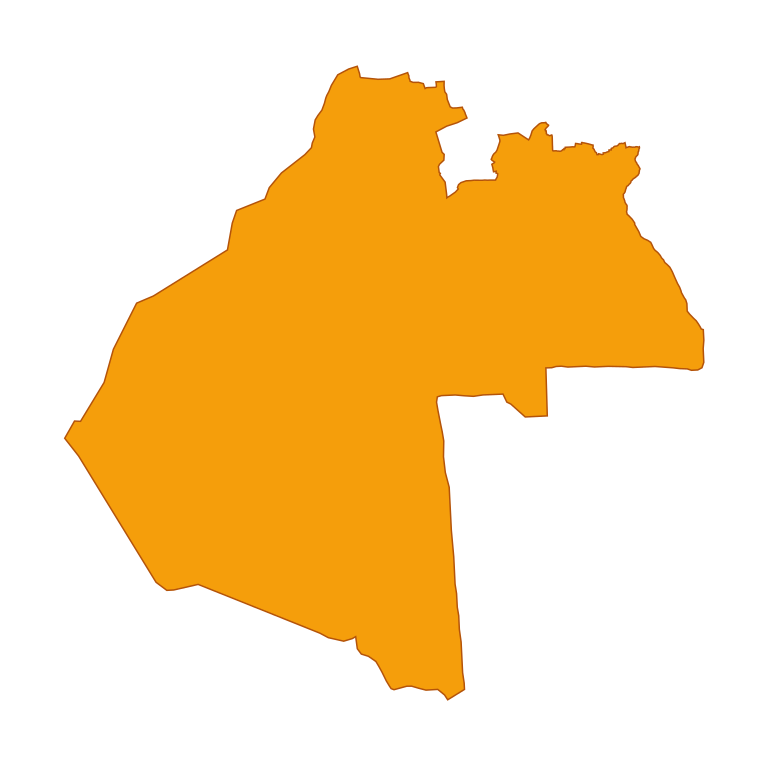 Ido, Oyo, Nigeria (orthographic projection), rotated 267°
{"feature_id": "59680162B23843497952419", "entity_name": "Ido", "entity_type": "district", "adm_level": 2, "iso_a3": "NGA", "parent_name": "Nigeria", "parent_adm1": "Oyo", "projection": "orthographic", "projection_center": [3.812, 7.476], "detail": "fine", "context": "isolated", "style": "filled", "palette": "amber", "viewbox_px": 768, "rotation_deg": 267, "n_neighbors": 0, "source": "geoboundaries", "source_scale": "gbopen_adm2", "svg_char_len": 6043}
<svg xmlns="http://www.w3.org/2000/svg" viewBox="0 0 768 768"><g transform="rotate(267 384 384)"><path d="M74.8,448.4L81.1,448.4L91.7,447.4L122.3,447.5L135.0,446.4L148.7,446.5L157.2,445.5L170.9,445.5L180.4,444.5L207.8,444.6L234.3,443.6L277.5,443.7L292.4,440.6L308.2,439.6L324.0,440.7L333.5,439.6L339.9,438.6L354.7,436.5L363.1,435.5L368.4,436.6L369.4,440.8L369.3,454.6L368.1,463.1L367.0,472.7L367.9,482.3L367.7,502.3L359.5,505.7L357.4,509.5L343.7,523.3L343.6,545.4L391.6,546.5L391.5,552.5L392.5,556.8L392.5,562.1L391.3,568.5L391.2,586.5L390.0,595.0L389.9,608.8L388.6,626.9L387.5,633.3L387.3,655.6L385.0,673.7L383.9,680.1L383.2,687.7L381.6,691.7L381.6,698.1L383.6,702.4L388.9,704.5L402.6,704.6L411.0,705.7L421.6,705.7L422.4,703.6L423.8,703.1L427.2,701.3L430.8,699.1L433.3,696.7L437.8,692.8L440.9,690.6L448.4,690.7L452.3,689.7L454.1,688.5L459.7,685.8L461.4,685.5L465.1,684.3L468.9,682.4L474.8,680.1L481.0,677.8L485.6,675.6L488.6,672.9L490.6,670.8L491.9,670.2L493.3,669.7L495.0,668.1L496.2,667.4L497.9,666.6L500.7,664.5L502.1,663.1L503.2,661.8L505.3,660.3L508.7,659.0L511.5,657.8L513.7,654.8L515.4,651.3L517.9,648.2L522.9,646.4L530.2,642.7L531.6,642.8L535.5,640.5L537.7,638.6L539.1,637.4L540.9,635.6L541.7,635.6L543.2,635.2L545.0,635.7L546.3,635.9L547.3,635.9L549.1,636.1L550.1,635.8L551.1,635.1L551.5,634.8L551.9,634.7L552.7,634.2L554.2,634.0L556.2,633.4L557.6,632.9L558.1,632.8L559.3,633.0L560.3,632.8L561.1,633.0L561.7,633.7L563.2,634.8L564.0,635.0L565.4,635.5L565.8,635.5L566.6,636.0L568.4,636.6L569.1,637.4L569.4,638.2L570.7,639.3L571.3,640.1L571.7,640.5L572.4,641.0L573.1,641.1L573.7,641.3L574.5,642.4L575.1,642.9L575.9,643.7L576.3,644.5L576.7,645.0L577.1,645.9L577.5,646.4L578.1,646.8L578.4,647.5L579.4,648.7L580.3,649.2L581.0,649.7L582.2,649.9L582.8,650.1L583.6,650.1L584.2,650.3L584.6,650.6L585.2,650.8L585.7,650.9L588.0,649.7L588.8,649.4L590.2,648.4L590.7,648.1L591.3,648.0L592.1,647.6L593.0,646.9L594.3,646.6L595.4,646.4L595.9,646.5L596.4,646.9L596.7,646.9L597.5,647.3L598.4,648.1L599.1,649.0L600.0,649.6L600.5,649.6L601.1,649.8L601.6,649.8L602.7,650.1L603.2,650.5L605.3,650.9L606.1,651.4L606.5,651.5L607.5,651.4L607.3,651.0L607.4,650.0L607.6,649.7L607.6,648.9L607.8,648.4L607.8,648.0L607.4,647.1L607.4,646.6L607.5,645.8L607.5,644.9L607.5,644.5L607.5,644.2L607.7,643.7L607.8,643.3L607.8,642.7L608.2,641.9L608.2,641.4L608.0,640.5L607.6,639.4L607.7,638.9L607.6,638.5L607.3,638.1L608.0,638.0L608.3,638.0L608.8,637.8L609.2,637.8L609.8,637.7L612.4,637.3L611.6,635.4L611.6,635.1L611.8,634.4L611.9,633.7L611.8,633.3L611.7,632.8L611.8,631.7L610.1,630.1L609.7,629.3L609.4,628.6L609.4,627.3L609.2,626.4L608.9,626.0L608.4,625.6L607.7,624.7L607.5,623.5L607.4,623.3L607.2,623.2L605.9,623.2L605.9,620.9L604.5,620.8L604.4,620.8L604.1,619.4L603.9,618.5L603.5,617.7L603.4,617.4L603.3,615.0L602.1,615.1L601.9,614.5L601.7,613.9L601.8,613.2L602.4,611.4L602.7,610.4L601.9,610.0L601.9,609.2L601.9,608.8L601.9,608.7L603.9,608.2L604.7,607.1L605.1,606.9L605.7,606.7L606.5,606.3L607.3,606.1L607.7,605.7L608.2,605.5L608.5,605.0L609.0,605.1L609.5,605.0L609.9,605.2L610.3,605.3L611.0,605.2L611.6,605.3L612.0,603.9L613.1,600.7L613.4,599.7L614.3,596.4L614.4,595.5L614.8,594.6L614.8,594.3L614.8,594.0L614.4,594.0L613.1,593.8L613.5,591.2L613.9,589.8L614.2,587.9L612.3,587.5L610.9,587.0L610.9,586.9L610.8,586.3L611.0,584.9L610.9,581.6L610.9,577.4L610.0,577.3L609.7,577.2L609.8,576.2L609.7,576.0L608.6,576.0L608.7,574.7L607.7,573.7L607.3,572.7L607.2,572.1L607.3,571.7L607.2,571.5L607.5,570.5L607.4,570.0L607.6,569.1L607.8,568.6L607.9,567.9L607.9,565.6L608.0,565.0L608.2,564.7L609.1,564.6L609.8,564.7L610.8,564.6L611.3,564.7L613.9,564.7L620.6,564.9L621.3,564.9L622.7,564.9L623.2,564.8L623.7,564.7L623.9,564.6L623.8,564.0L623.6,563.5L623.3,562.8L623.3,562.6L623.4,562.0L624.1,561.1L624.3,560.0L624.9,559.8L625.5,559.2L625.9,559.2L626.0,559.3L627.5,559.2L628.3,559.2L628.6,559.0L628.5,558.8L628.4,558.5L628.5,558.4L629.3,558.5L629.7,558.2L630.9,559.1L633.0,561.4L633.8,561.9L635.1,560.4L635.4,559.9L636.3,559.4L636.7,559.4L636.8,559.2L636.6,558.4L636.5,557.2L636.6,555.2L636.0,553.4L635.4,552.3L631.1,547.1L629.0,545.2L624.9,543.7L622.1,542.4L620.2,541.2L627.7,531.0L627.1,522.9L626.1,516.2L626.9,511.1L624.4,511.8L621.4,512.5L620.1,512.4L617.7,511.5L611.6,509.1L609.6,507.7L608.3,506.0L607.1,505.0L605.6,504.1L604.0,503.5L602.8,502.8L601.7,503.6L600.7,504.9L599.8,506.1L599.0,505.4L597.8,503.2L594.3,504.0L592.1,504.2L590.2,504.5L590.6,507.2L588.8,506.9L588.2,508.5L586.9,508.4L584.6,507.8L582.9,506.6L581.8,506.1L582.1,499.7L582.1,498.1L582.4,495.3L582.3,492.7L582.8,484.6L582.6,481.4L582.6,476.7L581.1,471.4L579.2,468.9L576.3,467.6L574.9,468.4L571.9,465.3L568.2,459.4L567.3,457.5L566.6,456.5L569.6,456.5L582.4,455.6L590.0,450.6L591.4,451.3L592.2,450.2L598.3,449.7L600.6,451.0L604.4,455.5L610.2,456.1L612.3,454.1L633.0,449.0L638.2,460.1L641.1,470.8L645.3,480.8L649.6,479.3L650.7,479.1L652.1,478.5L653.4,478.0L654.3,477.2L656.3,476.7L655.9,471.1L656.0,466.9L657.3,464.6L664.8,462.1L670.0,461.7L672.7,460.0L675.9,459.7L678.8,459.6L683.1,459.9L683.0,451.7L680.6,451.9L678.4,451.9L677.9,451.6L677.7,451.2L677.6,450.7L677.7,443.4L677.6,441.8L676.9,440.5L681.9,439.0L683.5,434.1L683.5,432.6L683.7,428.8L685.0,425.9L686.4,425.7L688.2,425.0L690.8,424.9L691.6,424.5L693.7,423.9L688.4,405.7L688.6,393.7L688.8,392.8L691.2,376.8L691.9,376.2L695.3,375.8L702.7,373.9L700.4,365.2L695.2,354.0L685.0,347.1L678.8,344.2L675.2,342.0L672.5,340.8L667.4,339.2L660.7,336.3L655.7,332.1L651.3,329.1L642.3,326.9L634.3,327.9L628.4,325.0L623.8,323.9L617.2,317.0L600.1,292.6L586.1,279.7L574.9,274.8L565.0,245.9L552.6,240.9L526.1,234.7L483.9,158.2L477.7,141.2L432.9,115.6L400.2,104.6L362.6,79.0L363.2,73.0L346.5,62.3L328.0,75.3L197.9,146.0L189.3,156.3L189.3,163.2L193.6,187.9L138.5,307.0L133.6,315.1L129.3,330.3L131.4,339.0L133.2,342.5L121.0,343.5L115.5,347.2L112.9,354.2L107.3,361.4L102.4,364.0L96.4,366.9L87.3,370.8L81.9,373.7L79.4,375.2L78.2,378.0L81.0,390.9L80.8,395.8L78.3,402.9L76.1,409.9L76.2,421.7L70.3,428.2L65.3,431.1L74.8,448.4Z" fill="#f59e0b" stroke="#b45309" stroke-width="1.5"/></g></svg>